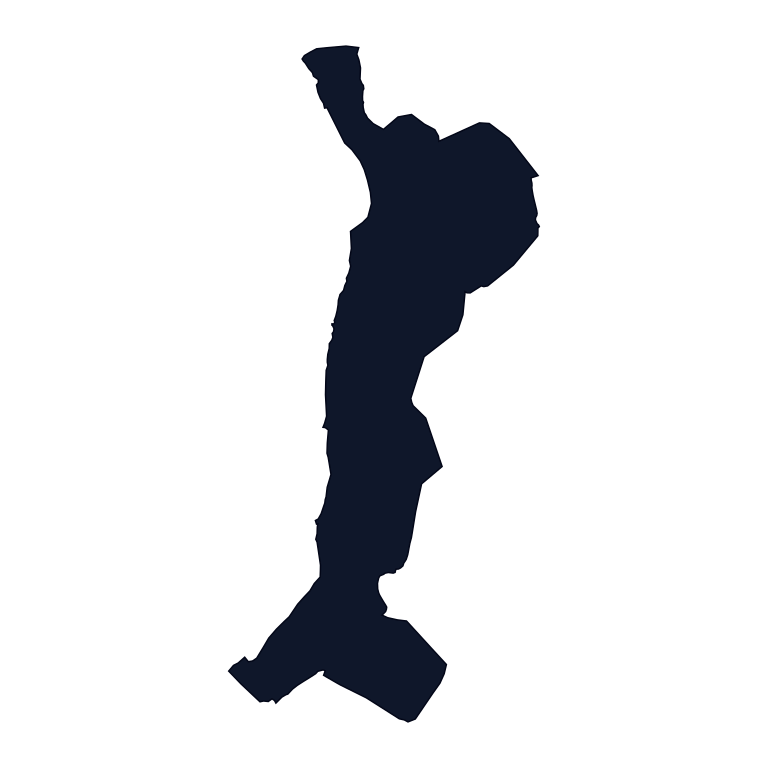 Yauri, Kebbi, Nigeria
{"feature_id": "59680162B47779539071975", "entity_name": "Yauri", "entity_type": "district", "adm_level": 2, "iso_a3": "NGA", "parent_name": "Nigeria", "parent_adm1": "Kebbi", "projection": "robinson", "projection_center": [4.721, 10.768], "detail": "fine", "context": "isolated", "style": "filled", "palette": "ink", "viewbox_px": 768, "rotation_deg": 0, "n_neighbors": 0, "source": "geoboundaries", "source_scale": "gbopen_adm2", "svg_char_len": 3273}
<svg xmlns="http://www.w3.org/2000/svg" viewBox="0 0 768 768"><path d="M324.6,108.1L327.0,107.7L344.7,143.0L351.9,149.7L360.2,160.8L364.3,169.7L367.5,180.1L370.4,192.4L371.5,203.5L367.9,217.3L367.3,217.9L362.5,222.7L350.5,231.4L350.6,232.7L351.4,248.5L349.4,260.5L350.7,266.2L348.8,273.2L346.4,278.2L346.9,281.4L345.9,283.3L344.9,285.4L344.8,285.7L343.6,290.3L343.0,291.1L340.0,294.5L339.7,295.8L338.4,300.2L338.1,304.8L337.2,310.5L335.8,316.3L334.2,320.6L334.5,321.3L334.7,322.2L334.6,322.7L334.2,323.3L333.7,323.9L333.1,324.0L332.0,323.8L331.9,325.1L332.6,325.7L333.3,327.0L334.0,328.8L333.7,330.7L333.3,332.2L332.2,333.4L332.2,333.6L332.9,337.3L331.9,340.0L331.4,340.8L329.3,343.7L329.3,344.4L329.2,348.5L327.8,354.3L327.3,359.4L327.3,362.3L327.9,365.3L326.2,370.3L325.8,381.5L325.5,394.7L326.6,416.2L324.6,423.3L323.0,427.3L325.3,427.6L328.4,430.0L327.3,443.0L327.0,453.3L328.2,457.3L329.3,463.9L331.0,474.4L329.5,479.6L327.2,487.3L326.1,496.8L325.2,499.7L324.8,503.1L323.9,505.6L321.2,513.6L320.5,514.9L318.2,519.0L315.4,520.5L315.8,521.8L316.5,524.1L317.8,523.8L317.3,527.0L317.1,533.8L315.8,539.3L317.1,542.1L320.5,565.1L320.4,570.7L320.2,576.4L320.2,577.0L319.3,578.0L314.3,583.5L310.0,590.8L304.3,596.8L297.7,604.2L289.2,616.8L284.4,621.3L276.5,629.1L268.8,638.0L263.1,647.7L256.7,658.2L252.5,661.0L248.3,661.7L244.7,657.2L238.2,663.0L233.5,665.4L228.7,671.1L241.0,683.9L260.0,701.8L263.5,701.0L268.3,701.5L272.0,698.8L274.5,700.5L275.9,703.1L281.9,697.1L285.9,694.7L287.8,694.1L292.5,689.1L297.2,685.4L303.4,681.4L309.4,677.7L315.6,673.7L317.8,671.3L323.2,669.9L325.2,670.8L323.6,675.3L337.1,683.1L340.7,685.1L366.3,697.8L399.3,718.8L404.3,719.9L408.0,721.9L415.3,719.0L433.1,692.8L440.0,683.1L444.2,673.7L446.4,664.5L430.1,646.8L406.5,621.0L397.5,619.9L387.6,617.7L382.0,615.1L383.6,613.6L385.6,611.5L386.4,609.3L386.7,607.1L385.5,604.9L384.2,602.9L382.7,600.4L381.1,597.7L379.5,594.9L378.6,592.7L377.7,589.0L377.5,583.3L378.2,580.0L378.7,577.9L379.9,575.8L383.7,574.3L385.0,573.2L388.3,572.5L393.2,573.1L395.1,572.4L395.5,570.6L396.0,569.2L398.5,569.0L400.6,567.9L402.9,565.9L403.8,563.0L404.8,561.6L406.2,559.4L407.7,554.8L408.4,551.2L409.1,547.3L409.9,543.2L411.4,537.6L412.3,532.2L415.6,511.7L421.6,483.8L442.1,466.5L425.7,418.1L413.1,405.7L411.7,402.3L410.8,398.3L424.1,356.7L457.6,330.7L462.9,314.8L465.1,291.6L466.9,292.8L470.2,292.9L481.2,285.9L483.8,286.6L487.6,285.9L513.4,265.1L537.8,235.8L537.9,231.0L537.9,228.1L539.3,226.6L538.6,225.1L537.0,223.6L535.4,220.0L535.6,217.6L536.7,215.6L537.1,213.4L536.6,210.3L534.8,202.9L534.2,200.5L533.1,195.7L532.2,190.5L531.8,187.5L532.0,185.7L531.9,183.1L531.2,180.2L531.1,177.8L533.8,177.0L538.1,175.6L509.3,138.7L489.2,123.5L479.4,122.9L438.9,141.3L438.4,136.1L434.8,129.7L424.4,124.2L411.5,114.5L398.0,117.0L391.5,122.6L383.4,129.4L373.1,123.6L367.5,118.1L365.8,114.7L364.3,112.7L363.2,107.4L363.0,104.3L363.5,102.4L362.6,100.6L362.5,96.5L362.9,90.6L363.8,88.8L363.3,85.3L361.9,83.6L360.0,79.1L360.2,74.5L360.5,67.9L358.9,59.9L356.8,54.1L358.7,47.6L346.0,46.1L327.5,47.7L316.6,48.8L310.3,52.1L304.4,55.6L302.1,59.0L303.4,61.1L305.3,63.1L308.9,68.7L312.4,72.6L313.5,76.2L318.3,79.6L318.3,82.8L316.5,85.0L318.0,92.3L320.5,98.6L323.5,103.2L324.6,108.1Z" fill="#0f172a" stroke="#020617" stroke-width="1.5"/></svg>